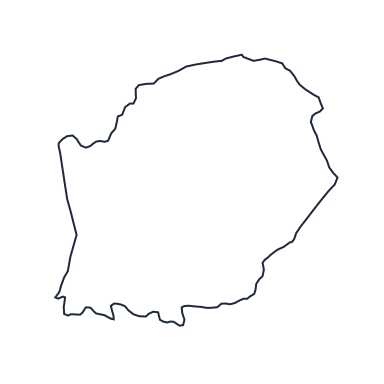 the district of Örnsköldsvik, Västernorrland, Sweden, rotated 281°
{"feature_id": "70781695B95877755672969", "entity_name": "Örnsköldsvik", "entity_type": "district", "adm_level": 2, "iso_a3": "SWE", "parent_name": "Sweden", "parent_adm1": "Västernorrland", "projection": "albers", "projection_center": [18.104, 63.556], "detail": "fine", "context": "isolated", "style": "outline", "palette": "slate", "viewbox_px": 384, "rotation_deg": 281, "n_neighbors": 0, "source": "geoboundaries", "source_scale": "gbopen_adm2", "svg_char_len": 2129}
<svg xmlns="http://www.w3.org/2000/svg" viewBox="0 0 384 384"><g transform="rotate(281 192 192)"><path d="M62.4,77.9L61.8,81.0L64.7,85.2L64.3,87.5L58.5,87.9L54.7,88.0L47.9,89.8L47.1,93.9L49.0,96.7L49.8,102.9L50.3,105.6L52.7,107.5L58.4,109.7L59.1,113.8L58.3,115.6L55.9,118.6L54.5,121.0L54.4,129.4L52.1,136.7L52.1,139.5L55.9,138.4L60.5,136.0L64.8,134.1L67.6,136.8L68.0,139.2L68.0,143.9L67.0,148.2L63.7,152.1L60.8,157.9L60.0,163.9L61.0,170.5L64.1,172.7L67.1,176.8L67.4,181.8L64.5,183.0L60.5,184.9L59.3,188.6L59.2,192.7L60.7,195.4L61.1,198.8L58.4,205.1L59.6,208.6L65.2,209.0L71.4,205.5L76.8,203.9L78.4,206.0L79.7,210.2L80.2,216.5L81.0,223.2L81.0,228.0L81.7,231.9L83.7,238.8L87.9,242.1L88.9,245.8L89.1,250.9L91.3,255.4L94.7,259.5L97.1,263.1L97.8,266.6L100.6,268.9L103.8,272.5L108.3,273.0L114.1,272.6L119.1,274.7L122.8,277.3L129.2,277.4L132.3,276.3L135.9,274.8L139.4,276.4L142.1,278.9L145.6,281.4L150.4,285.7L152.4,287.9L155.7,292.6L161.2,297.6L161.9,299.5L162.7,300.0L164.9,301.2L171.7,302.2L179.4,305.5L189.0,310.4L199.3,315.5L210.5,321.3L218.9,325.8L226.7,330.7L234.0,332.1L237.5,327.2L242.2,322.1L248.5,318.5L253.1,314.7L258.4,310.3L264.9,306.8L271.0,303.7L276.3,299.6L280.8,297.0L283.3,295.3L289.4,295.6L292.5,298.0L295.4,302.2L299.1,304.5L303.2,301.7L309.1,298.2L310.4,293.6L314.6,283.2L317.8,277.4L320.8,274.1L325.3,270.3L329.8,265.0L331.2,260.1L335.5,256.0L336.3,249.1L336.9,238.1L334.7,233.2L332.5,227.4L333.5,221.5L334.4,216.5L336.3,214.8L332.8,206.7L329.6,200.0L326.4,196.1L324.0,188.3L320.5,178.5L317.8,171.2L314.0,162.3L308.3,155.6L303.7,148.7L300.2,142.5L296.8,137.5L291.1,133.7L289.4,126.4L286.8,119.5L282.5,117.0L277.2,118.2L273.3,119.1L267.7,117.7L266.9,114.1L264.9,112.3L262.6,110.2L254.5,108.7L252.0,104.8L245.0,104.8L239.4,104.6L234.4,101.6L230.4,100.7L226.3,99.9L224.6,96.6L224.5,91.6L223.1,88.2L220.6,85.7L217.8,83.5L215.3,79.4L216.4,74.1L219.1,71.3L221.9,68.8L224.7,64.0L223.0,58.8L219.3,54.9L214.6,51.9L211.8,52.2L205.5,55.0L179.1,64.4L161.3,70.8L148.5,77.2L139.0,81.6L133.7,84.1L127.9,86.9L105.3,85.0L90.5,85.2L84.2,82.9L75.3,81.4L68.3,80.8L62.4,77.9Z" fill="none" stroke="#1e293b" stroke-width="2"/></g></svg>